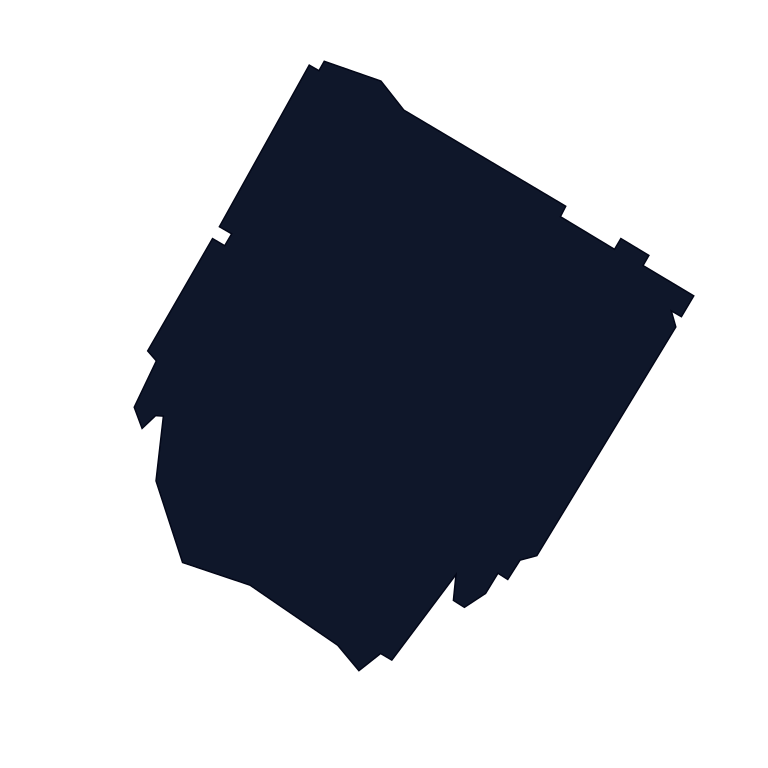 Stewart, Georgia, United States of America, rotated 300°
{"feature_id": "52423323B56681995994773", "entity_name": "Stewart", "entity_type": "district", "adm_level": 2, "iso_a3": "USA", "parent_name": "United States of America", "parent_adm1": "Georgia", "projection": "robinson", "projection_center": [-84.837, 32.077], "detail": "fine", "context": "isolated", "style": "filled", "palette": "ink", "viewbox_px": 768, "rotation_deg": 300, "n_neighbors": 0, "source": "geoboundaries", "source_scale": "gbopen_adm2", "svg_char_len": 687}
<svg xmlns="http://www.w3.org/2000/svg" viewBox="0 0 768 768"><g transform="rotate(300 384 384)"><path d="M615.2,608.2L616.1,549.1L627.8,549.1L628.4,516.4L615.9,516.3L617.1,453.1L628.8,452.5L631.1,264.2L644.8,229.9L633.6,170.9L622.8,171.0L622.8,159.8L611.2,160.0L437.9,162.8L437.9,177.0L424.1,176.9L424.2,162.8L294.5,162.8L290.2,175.3L239.0,179.3L224.6,196.7L242.4,202.0L245.9,209.0L186.1,235.0L128.7,298.8L142.8,368.6L140.0,404.3L134.6,474.5L123.2,505.6L148.9,515.8L148.8,528.8L255.0,541.6L231.3,552.3L230.8,565.3L253.5,576.7L277.1,577.3L276.6,588.9L299.5,589.9L311.8,602.2L579.3,608.2L591.0,596.2L591.0,607.9L615.2,608.2Z" fill="#0f172a" stroke="#020617" stroke-width="1.5"/></g></svg>